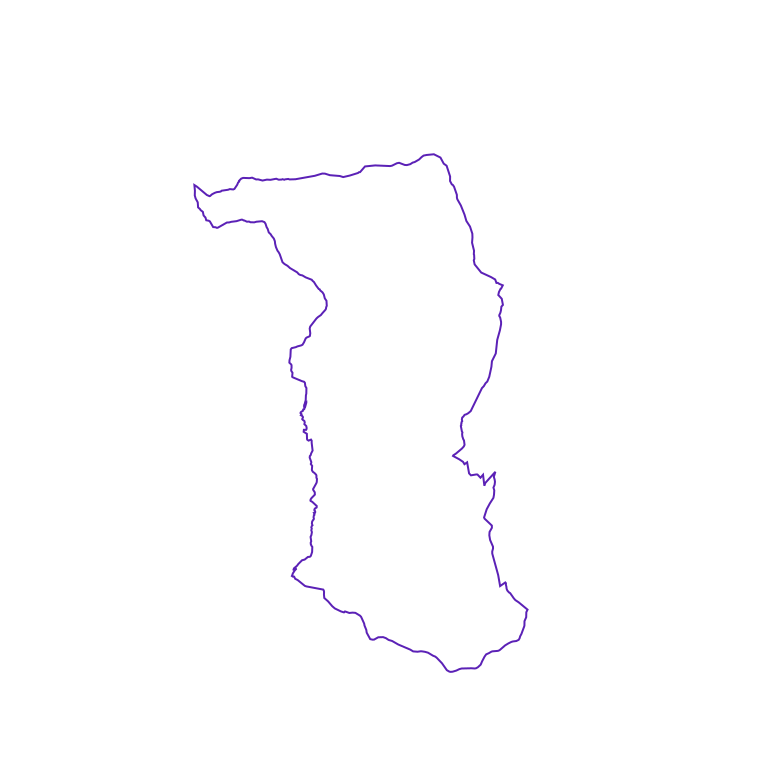 Bilbor, Harghita, Romania (Albers equal-area conic projection), rotated 224°
{"feature_id": "2599482B34783893075805", "entity_name": "Bilbor", "entity_type": "district", "adm_level": 2, "iso_a3": "ROU", "parent_name": "Romania", "parent_adm1": "Harghita", "projection": "albers", "projection_center": [25.478, 47.092], "detail": "fine", "context": "isolated", "style": "outline", "palette": "violet", "viewbox_px": 768, "rotation_deg": 224, "n_neighbors": 0, "source": "geoboundaries", "source_scale": "gbopen_adm2", "svg_char_len": 6166}
<svg xmlns="http://www.w3.org/2000/svg" viewBox="0 0 768 768"><g transform="rotate(224 384 384)"><path d="M658.6,395.4L654.3,391.7L651.1,388.2L648.4,386.6L644.2,385.3L640.4,381.9L638.0,382.0L636.6,381.7L633.9,382.0L630.8,379.9L628.0,379.7L625.6,378.3L623.5,379.7L622.2,380.0L615.9,378.2L614.1,379.7L612.6,380.3L612.1,381.1L609.2,391.0L607.6,392.7L606.5,394.6L603.2,398.7L600.8,403.1L600.0,403.8L598.5,404.2L598.1,404.6L595.4,405.5L593.9,407.1L592.4,407.6L589.6,410.2L588.5,412.1L584.8,416.4L582.5,417.4L580.6,417.0L577.4,415.3L575.5,414.8L572.2,413.0L569.5,413.0L567.7,412.5L564.3,412.1L561.7,410.9L559.8,409.3L556.8,407.4L553.2,405.9L551.3,405.6L549.1,404.9L541.6,401.1L538.9,401.2L535.5,402.0L532.1,402.1L524.0,404.0L521.6,403.8L519.9,404.3L518.2,405.4L514.4,406.3L508.4,408.8L507.1,408.6L505.2,408.7L501.3,407.7L496.9,407.0L496.0,407.4L494.9,407.0L491.9,407.2L489.5,406.6L486.1,404.5L483.2,403.9L479.5,400.5L478.9,399.0L478.0,397.8L477.7,396.7L477.5,391.8L477.3,389.8L478.0,386.2L478.1,384.2L477.0,374.1L476.0,372.3L472.3,369.3L470.7,367.1L470.8,366.3L471.9,363.7L472.0,362.4L470.5,358.4L469.9,355.6L470.4,354.2L472.4,350.9L473.0,349.3L475.3,345.7L475.1,344.1L470.2,338.5L468.5,335.5L466.9,333.6L464.4,333.6L463.6,333.3L461.7,331.4L460.6,329.6L459.7,329.0L457.6,328.5L455.1,325.4L454.1,325.5L445.1,329.0L443.0,330.1L441.7,329.9L439.1,327.8L437.0,327.2L433.2,323.1L432.3,321.6L429.1,318.0L427.3,314.7L427.1,316.8L426.9,316.6L424.8,312.7L425.9,312.5L424.0,310.7L423.9,310.3L424.4,309.5L423.7,308.3L424.2,306.6L424.2,305.7L423.9,305.1L422.3,305.0L422.1,303.8L420.6,304.2L419.3,303.9L418.9,303.4L418.7,302.4L418.4,301.9L417.4,301.8L415.7,302.1L414.4,301.4L413.4,299.8L410.8,299.8L409.3,298.8L408.5,297.9L408.2,296.9L409.8,295.4L408.6,293.8L404.9,294.6L401.1,290.9L400.3,290.6L398.9,290.9L397.9,293.3L396.7,293.0L395.0,291.3L389.1,286.5L388.2,283.5L387.3,281.8L387.3,280.7L386.3,279.4L382.0,277.3L381.5,276.6L381.1,275.6L378.8,275.2L376.3,272.2L375.7,271.8L374.1,271.4L372.2,271.7L369.8,271.6L369.0,271.2L367.5,269.6L366.3,269.2L364.3,266.8L363.8,265.8L362.0,259.1L361.2,258.6L358.6,258.0L356.9,256.4L356.9,251.4L356.6,250.0L356.0,249.1L355.6,248.9L353.7,249.4L347.6,249.5L346.7,248.4L347.2,246.3L346.9,245.4L346.2,244.7L345.9,244.9L344.8,244.4L344.3,243.8L344.2,243.5L344.6,242.9L344.2,242.9L344.0,241.9L343.5,241.9L343.1,241.5L343.0,240.5L342.1,239.2L341.0,238.5L340.5,237.7L340.5,236.5L340.0,234.9L338.8,233.4L337.3,232.7L337.3,231.7L336.7,230.4L335.5,229.8L334.7,228.3L333.0,227.4L331.3,224.9L330.6,223.0L327.1,220.3L326.4,218.8L325.3,217.9L325.2,218.0L324.0,217.3L322.4,217.0L319.0,213.2L317.3,209.7L317.2,208.7L317.4,208.1L318.6,206.7L319.1,202.6L320.5,200.3L320.6,195.0L320.3,192.8L320.7,188.8L320.1,187.6L319.8,187.7L319.8,189.7L319.3,190.0L318.7,189.7L318.7,187.9L318.0,184.4L317.2,182.8L316.9,181.9L315.6,182.2L315.3,182.8L314.8,183.0L312.6,182.2L309.9,183.0L300.7,183.8L299.2,184.5L284.9,193.9L283.8,193.6L282.7,192.8L280.9,190.8L278.3,188.6L273.2,188.8L266.9,188.2L263.4,188.4L257.0,190.5L254.3,191.8L254.0,192.2L254.2,193.0L253.7,193.5L249.9,195.2L247.8,197.7L245.6,199.5L240.3,200.7L238.7,200.6L231.9,197.9L230.2,196.7L225.9,194.8L223.7,193.1L216.7,190.9L214.7,192.1L213.6,193.2L212.2,197.8L208.8,201.3L206.1,202.5L202.9,203.1L199.6,204.8L192.8,206.5L180.5,211.2L177.3,211.9L173.9,214.7L171.8,217.4L170.5,218.4L168.5,219.8L165.7,221.3L160.0,222.6L157.8,223.5L155.9,223.7L148.3,223.4L140.0,221.8L137.2,222.5L136.1,223.2L134.8,224.7L132.9,228.1L131.7,231.3L130.5,233.3L123.7,240.2L121.1,242.4L120.3,243.5L119.7,245.5L119.5,249.3L120.8,252.7L122.3,257.8L122.7,260.5L121.6,263.2L120.8,266.1L120.3,267.0L116.9,270.9L116.3,271.8L115.9,273.3L115.3,280.1L114.3,283.9L113.2,287.0L112.4,288.4L110.3,291.0L109.4,293.5L109.8,295.2L110.8,297.1L111.5,299.6L114.7,306.9L115.2,307.8L118.2,311.0L119.7,315.0L123.1,318.7L124.0,321.4L135.5,320.5L139.4,319.8L141.8,320.0L147.9,321.2L149.3,320.9L151.8,321.1L153.6,321.9L155.3,323.3L156.8,324.2L157.9,325.4L158.9,325.5L160.1,319.3L169.2,325.9L188.3,337.2L189.8,338.7L191.3,341.4L192.6,342.7L199.3,345.5L203.1,348.3L205.3,350.9L206.5,355.5L208.1,357.1L218.1,357.0L219.3,357.5L223.1,365.2L224.9,371.6L226.2,378.1L227.9,380.7L230.8,384.1L233.3,385.5L234.4,388.3L236.2,390.7L238.0,392.1L240.5,393.5L242.9,398.2L242.4,383.2L241.1,380.5L249.7,387.5L249.5,383.6L253.9,383.8L254.9,382.9L258.0,378.7L260.7,378.8L269.8,385.4L270.4,382.2L273.1,382.9L277.6,382.1L284.4,380.2L284.6,380.9L283.9,383.9L283.1,391.7L283.2,394.5L283.8,396.2L287.3,399.0L288.3,399.2L291.2,400.7L293.1,402.3L294.0,403.7L294.9,403.9L299.6,407.2L299.7,408.0L300.7,408.8L300.9,409.5L301.7,410.3L301.9,411.6L303.3,412.5L304.4,414.2L304.3,415.8L304.6,417.8L303.7,419.5L303.1,421.6L302.8,424.8L310.7,449.1L310.7,451.8L311.5,455.1L311.4,457.5L313.3,462.3L318.7,471.0L322.2,475.4L324.8,483.6L333.2,494.4L337.9,503.1L341.2,508.2L342.9,510.0L346.6,512.5L348.3,513.0L348.9,513.6L349.8,516.1L351.0,518.2L353.3,521.2L353.4,523.5L358.5,527.1L363.6,527.4L365.2,530.0L366.3,533.5L366.0,533.9L367.1,537.5L370.6,536.1L372.4,535.8L373.3,534.8L376.6,536.4L381.2,535.3L391.5,531.7L401.9,533.0L405.4,535.4L405.9,536.7L408.9,539.5L409.5,539.7L411.8,542.4L418.8,546.8L422.2,550.9L424.9,553.5L431.5,557.0L438.0,558.5L443.8,561.8L452.7,565.8L459.5,567.8L460.9,568.6L463.0,570.7L470.7,574.6L472.8,575.0L473.9,574.7L477.5,575.9L480.6,579.2L490.6,584.5L494.1,584.0L500.7,586.1L507.7,583.9L512.4,578.4L514.2,575.8L514.6,573.3L514.7,569.9L516.1,565.0L517.2,563.1L517.8,560.4L519.6,557.4L521.2,556.0L526.8,553.6L528.1,551.7L529.9,546.6L531.0,545.0L542.2,535.1L548.8,527.3L548.4,519.8L549.1,519.0L549.3,517.7L553.4,510.2L557.1,504.5L560.3,502.9L568.0,496.6L572.6,494.3L574.6,492.5L578.4,485.7L590.0,469.7L594.1,465.5L595.3,465.0L597.3,462.5L597.6,461.7L599.3,460.8L599.7,459.9L601.7,457.8L604.1,456.8L607.5,452.0L610.2,449.7L612.7,446.0L616.6,443.8L618.1,442.3L622.2,440.8L623.8,438.6L628.5,434.4L629.4,432.5L629.4,429.4L628.8,429.0L628.9,427.6L628.0,425.4L627.1,420.4L627.6,419.2L630.3,417.1L631.1,415.4L635.1,410.2L635.1,409.3L635.6,408.3L637.6,405.8L638.5,404.0L639.5,401.0L639.7,398.4L640.0,397.9L642.7,396.9L655.6,396.0L658.6,395.4Z" fill="none" stroke="#5b21b6" stroke-width="2"/></g></svg>